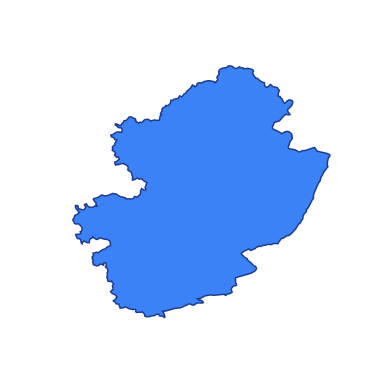 an SVG outline of Qinghai, rotated 131°
{"feature_id": "CHN-1151", "entity_name": "Qinghai", "entity_type": "Province", "adm_level": 1, "iso_a3": "CHN", "parent_name": "China", "parent_adm1": "", "projection": "equal_earth", "projection_center": [96.897, 35.43], "detail": "fine", "context": "isolated", "style": "filled", "palette": "blue", "viewbox_px": 384, "rotation_deg": 131, "n_neighbors": 0, "source": "natural_earth", "source_scale": "10m", "svg_char_len": 6020}
<svg xmlns="http://www.w3.org/2000/svg" viewBox="0 0 384 384"><g transform="rotate(131 192 192)"><path d="M128.0,93.9L129.9,94.1L132.0,92.8L134.8,93.0L137.6,92.2L139.7,90.7L142.1,90.7L143.8,89.9L147.0,90.5L151.9,89.5L158.3,89.7L161.2,90.3L163.0,91.8L166.8,92.8L168.5,94.0L172.6,93.7L174.5,93.2L177.3,96.6L179.6,97.6L182.0,100.8L183.7,101.4L185.7,103.4L188.1,104.4L188.8,106.1L190.2,106.3L191.8,107.2L193.6,107.3L197.7,109.5L197.6,111.2L198.1,111.8L202.4,113.8L205.6,114.5L206.2,114.3L206.5,113.6L206.7,108.9L206.1,106.7L206.7,106.0L206.9,104.4L206.7,101.3L207.1,97.8L206.5,95.0L207.5,92.9L209.9,92.6L214.3,94.0L228.1,102.9L231.9,99.6L232.3,98.3L233.0,97.2L234.2,97.6L235.4,98.9L238.5,99.2L240.3,97.8L241.1,96.1L241.9,96.1L244.6,97.1L245.7,98.5L247.8,98.6L248.2,99.2L247.9,100.1L248.2,100.7L256.0,108.1L257.2,110.3L262.0,114.1L265.9,115.5L267.5,116.4L269.1,118.2L269.3,117.7L269.0,115.8L268.2,115.0L267.5,113.4L267.9,111.1L268.6,111.0L272.4,115.3L276.3,116.5L277.1,117.6L277.8,120.3L278.4,120.8L286.6,124.5L291.4,128.8L299.4,134.0L300.9,135.9L301.6,135.8L302.0,133.5L304.1,130.5L304.7,130.4L305.3,133.5L306.5,134.5L306.8,135.3L306.2,136.6L306.3,137.4L308.3,138.9L309.7,139.1L312.5,141.6L314.0,142.3L316.5,145.2L316.5,146.4L315.5,147.2L314.9,150.7L316.6,151.9L317.5,153.2L319.3,154.8L319.3,156.0L317.7,157.0L317.8,158.0L319.8,159.7L320.6,161.8L321.3,162.6L322.3,167.1L323.9,167.5L326.8,170.0L324.7,173.8L326.2,175.9L325.6,177.4L325.8,180.0L323.0,179.3L322.0,179.3L321.3,180.0L320.3,179.8L320.0,182.0L320.9,185.6L320.6,188.1L317.2,187.8L316.4,188.5L315.1,190.5L312.6,190.8L312.7,192.7L311.9,194.3L313.1,194.7L314.3,196.6L314.3,197.4L313.2,198.3L312.2,200.5L310.8,200.9L308.6,203.1L307.1,203.5L305.6,205.1L305.2,206.0L305.5,207.6L305.2,208.4L304.0,208.2L302.2,209.8L302.2,210.7L303.0,211.7L303.7,211.9L304.9,210.8L305.4,210.9L305.8,212.7L306.3,213.6L307.2,214.2L308.6,214.2L310.2,215.3L311.6,218.8L310.8,219.6L310.4,220.8L309.0,221.1L308.6,222.1L307.7,222.6L307.8,223.5L306.8,223.9L306.6,224.7L306.0,224.9L304.8,224.5L303.0,226.6L302.0,225.5L300.3,224.8L299.6,223.3L298.7,222.9L293.8,221.5L292.4,220.4L288.5,219.7L286.0,218.2L283.4,221.0L283.0,222.9L283.2,224.3L285.3,227.6L286.4,230.3L287.6,231.6L290.1,232.4L290.8,234.3L291.0,237.6L292.1,237.1L294.0,238.0L295.1,238.0L297.7,236.3L299.1,238.3L299.9,241.4L301.8,241.6L303.2,240.9L303.0,242.5L301.5,243.9L301.1,244.9L301.1,246.5L302.3,247.9L300.7,251.7L300.1,251.9L298.3,249.8L296.7,248.8L296.0,248.9L295.3,250.3L294.3,249.7L291.5,251.0L290.5,253.8L290.4,256.3L290.8,257.3L292.4,258.6L292.7,260.0L291.4,263.4L290.6,264.0L289.3,263.6L287.9,264.7L286.4,265.1L284.6,264.1L281.4,263.6L281.5,264.7L280.8,265.9L280.7,267.8L280.1,269.8L278.6,271.1L277.3,269.4L277.6,268.5L279.2,266.8L278.1,265.0L277.7,263.6L275.8,261.6L272.9,262.4L272.3,264.8L270.7,264.5L270.2,263.9L271.0,261.8L270.7,259.4L268.7,256.8L266.4,256.3L265.2,254.4L264.9,254.3L264.3,256.5L263.1,257.2L263.0,259.2L262.3,261.6L261.7,261.9L258.2,259.6L253.4,258.1L252.1,255.1L251.6,254.6L249.6,253.1L245.0,250.8L243.0,247.3L243.1,245.7L242.2,242.0L241.3,241.2L240.7,239.3L240.0,238.6L240.5,237.3L236.3,232.4L235.3,232.0L233.2,232.5L231.9,230.2L228.0,229.5L227.3,229.7L224.9,231.6L222.4,232.2L222.0,229.5L221.3,228.3L220.2,228.4L219.5,230.3L214.8,232.1L214.7,233.4L215.2,235.4L215.1,238.5L215.7,239.5L216.9,240.1L217.3,242.1L217.8,242.7L219.8,243.2L222.1,244.7L221.4,245.6L219.7,246.3L218.9,248.0L217.3,250.1L216.9,251.9L217.5,253.9L217.4,254.9L215.4,256.2L214.6,257.8L215.1,261.0L216.0,263.1L218.7,265.1L219.5,265.2L219.9,266.1L221.8,267.3L221.5,268.2L220.1,270.0L219.0,269.0L214.6,268.5L213.9,270.8L215.3,271.6L214.9,273.4L215.2,274.4L214.6,274.9L213.2,274.8L212.9,275.1L212.3,277.5L212.9,279.2L212.2,280.1L211.1,280.2L210.6,281.4L209.9,281.7L207.3,281.3L205.6,282.2L202.0,282.8L202.0,283.2L203.1,284.7L202.3,286.7L203.2,289.0L202.6,290.5L202.0,290.5L200.2,289.3L196.5,288.4L194.8,286.8L193.3,284.4L191.1,285.1L190.0,287.4L191.7,289.9L191.4,292.5L191.8,293.5L191.0,294.5L190.5,294.1L189.6,292.1L189.3,290.3L188.3,289.6L184.0,289.6L182.7,290.1L181.5,288.8L179.9,288.4L176.7,288.7L175.1,287.0L174.8,284.9L174.0,283.1L174.4,281.9L175.5,281.4L175.1,280.7L175.5,279.4L174.9,277.6L173.3,277.0L172.4,275.4L168.5,275.1L166.3,273.3L166.0,272.9L165.4,269.7L162.1,267.5L161.4,266.0L159.3,263.8L158.6,263.9L157.3,265.0L155.1,266.0L154.0,265.4L153.6,267.1L150.4,267.9L149.0,269.1L146.9,269.0L145.4,268.2L143.8,268.5L142.8,267.0L141.5,266.5L138.7,266.7L136.6,268.1L135.6,266.8L134.0,266.6L130.6,264.0L127.6,264.4L126.7,262.0L123.7,262.3L121.2,261.5L119.7,262.0L114.1,261.2L113.3,261.7L112.6,261.4L111.0,261.9L110.4,260.0L110.6,258.6L108.7,258.1L107.3,259.0L106.2,259.1L105.1,258.5L102.9,255.9L101.1,255.6L97.5,252.9L96.2,251.3L94.3,247.8L94.1,247.3L94.8,246.6L94.2,246.1L90.3,246.1L89.3,248.3L87.5,248.8L85.5,248.8L83.5,251.0L82.1,251.4L80.3,251.1L78.3,250.0L75.2,247.4L73.9,247.5L72.5,246.9L70.9,244.4L70.6,242.9L70.9,241.7L70.1,240.1L68.8,239.1L66.4,238.3L66.0,236.0L64.8,234.9L64.8,233.4L61.9,230.8L60.0,226.9L60.0,225.9L60.4,224.9L61.9,224.5L63.0,223.1L64.3,218.9L64.2,218.2L63.4,217.6L63.4,213.7L62.9,210.8L62.0,209.2L64.0,206.9L64.3,206.0L64.0,204.4L63.4,203.8L59.3,203.3L59.4,200.0L57.2,196.0L57.8,194.9L58.0,192.7L60.6,191.7L63.0,190.1L63.1,189.6L62.1,188.2L62.8,187.0L62.7,185.0L64.1,182.1L64.4,180.4L63.8,179.9L61.2,180.0L58.9,179.2L57.8,177.8L57.4,175.9L58.6,174.5L60.6,173.7L62.3,173.5L66.6,173.9L67.6,173.5L68.2,172.9L69.2,168.9L70.5,169.8L71.8,172.2L74.5,172.6L81.0,172.7L85.5,175.5L90.7,173.7L91.1,173.2L91.2,171.9L89.9,167.4L88.9,162.4L85.7,161.4L84.1,160.2L82.9,158.5L82.8,155.3L83.3,154.1L85.6,151.5L90.1,150.9L92.9,149.5L95.0,149.0L95.6,147.7L95.3,146.1L93.9,144.4L92.5,141.7L91.7,138.1L91.0,136.9L88.3,135.8L86.3,133.7L78.3,129.0L78.0,127.9L78.9,125.7L78.8,123.7L74.2,115.2L73.5,112.4L74.6,111.5L76.8,111.5L80.0,109.8L83.0,107.6L83.6,106.1L90.5,105.6L94.2,104.5L96.0,104.4L99.4,102.7L102.6,102.3L112.3,99.4L114.8,98.1L117.1,96.2L119.8,95.9L128.0,93.9Z" fill="#3b82f6" stroke="#1e3a8a" stroke-width="1.5"/></g></svg>